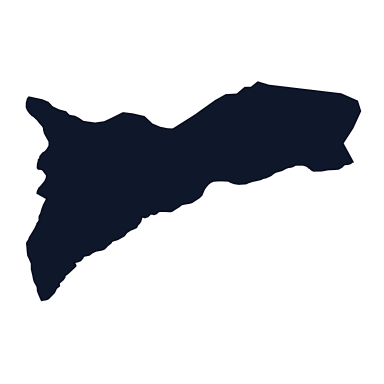 Mayo-Danay, Extrême-Nord, Cameroon, rotated 91°
{"feature_id": "32672807B23743986432811", "entity_name": "Mayo-Danay", "entity_type": "district", "adm_level": 2, "iso_a3": "CMR", "parent_name": "Cameroon", "parent_adm1": "Extrême-Nord", "projection": "equal_earth", "projection_center": [15.187, 10.47], "detail": "fine", "context": "isolated", "style": "filled", "palette": "ink", "viewbox_px": 384, "rotation_deg": 91, "n_neighbors": 0, "source": "geoboundaries", "source_scale": "gbopen_adm2", "svg_char_len": 2793}
<svg xmlns="http://www.w3.org/2000/svg" viewBox="0 0 384 384"><g transform="rotate(91 192 192)"><path d="M81.0,128.1L86.5,134.7L86.7,141.0L93.5,148.7L94.3,159.8L100.3,170.1L110.0,183.3L115.1,190.1L129.5,212.1L129.5,215.0L129.4,217.8L128.0,225.3L124.8,233.2L117.6,241.1L115.2,252.4L114.1,262.3L119.6,272.9L123.5,280.8L125.0,290.1L123.5,302.1L120.6,306.4L118.5,310.6L117.7,316.1L114.1,319.7L112.5,326.4L109.4,333.2L105.0,337.5L102.6,343.5L100.0,356.7L101.7,358.0L105.7,359.0L110.2,359.0L111.3,358.5L112.8,357.9L116.3,355.3L117.2,354.1L117.8,353.8L119.4,351.2L122.7,347.6L125.3,345.6L129.1,342.1L131.2,341.3L132.5,341.3L136.0,340.3L143.6,335.9L144.2,335.6L146.2,335.6L147.5,335.5L148.2,335.5L148.9,335.9L151.6,337.3L154.2,339.4L155.8,342.0L159.2,344.6L160.6,344.6L162.7,346.1L163.8,346.0L166.5,346.8L170.6,347.0L171.7,346.0L171.8,343.0L172.9,341.2L174.4,340.2L177.7,337.6L180.0,337.6L183.8,339.1L189.4,343.5L190.6,344.9L193.9,346.4L195.9,346.8L201.2,337.0L204.6,338.6L207.5,340.1L211.7,341.6L216.8,342.9L218.0,343.8L219.6,344.3L222.3,344.2L222.3,343.9L224.4,344.8L226.2,346.3L227.4,346.5L231.9,348.6L240.4,353.6L243.0,354.5L245.3,356.1L246.5,356.3L249.7,355.9L254.3,355.5L258.5,354.9L259.9,354.1L261.3,353.4L266.2,351.2L271.9,351.1L278.2,349.5L281.7,348.8L284.1,348.1L289.3,345.1L290.5,344.9L293.7,344.6L297.2,343.2L301.6,341.2L303.0,340.5L302.8,339.9L302.1,335.9L302.0,335.5L301.1,333.7L295.1,328.0L293.9,327.4L290.6,325.9L288.3,323.0L285.5,323.4L281.9,319.3L279.6,317.8L277.7,317.5L275.8,314.9L273.5,312.5L269.0,307.8L267.9,306.9L266.1,307.5L265.4,308.9L264.4,308.2L263.7,305.2L262.5,302.2L259.7,300.0L258.1,299.5L256.7,293.5L254.4,290.7L252.6,287.0L251.4,281.0L250.2,278.4L247.1,275.6L244.1,272.0L243.1,271.8L242.2,270.3L240.7,265.5L237.0,259.1L233.6,256.6L231.0,252.8L230.1,250.4L229.4,249.0L228.4,246.9L225.9,245.8L224.5,244.4L222.5,243.0L218.1,241.8L217.7,240.6L218.4,239.0L217.4,235.8L214.8,233.3L214.5,232.0L215.1,229.6L214.2,227.2L212.6,225.7L211.8,224.1L211.7,218.6L211.9,213.1L211.4,211.6L208.3,207.0L207.2,205.2L204.7,202.1L204.0,199.0L203.0,193.7L202.3,191.8L197.5,184.7L195.0,182.2L193.6,181.7L189.0,179.8L186.3,178.0L183.8,175.9L182.1,173.8L180.7,171.1L180.3,167.2L180.1,162.7L180.3,155.7L181.4,153.7L182.7,149.9L183.3,145.4L182.7,138.1L181.5,135.7L180.1,131.5L179.2,127.4L178.0,122.9L177.1,121.7L176.4,118.4L174.1,113.5L171.6,110.5L170.5,108.4L168.8,102.6L166.4,98.2L165.5,95.7L165.4,94.0L164.6,91.4L163.3,89.5L163.1,87.6L163.0,81.5L163.5,79.3L164.5,76.9L166.0,75.4L166.1,74.6L167.7,73.1L168.8,70.9L168.5,62.8L167.2,56.4L166.8,49.8L166.4,45.9L164.4,42.6L161.9,40.2L161.4,36.0L160.7,34.1L160.1,33.3L159.7,32.8L159.3,32.2L159.1,31.6L140.7,42.1L125.1,32.4L108.2,25.0L98.3,28.3L91.4,44.8L89.5,64.0L84.1,117.1L81.0,128.1Z" fill="#0f172a" stroke="#020617" stroke-width="1.5"/></g></svg>